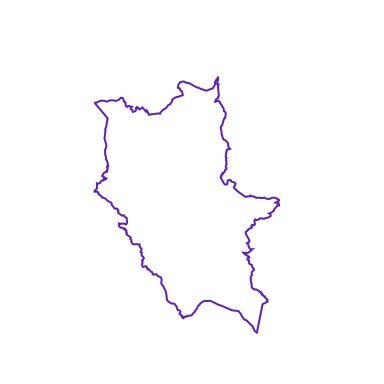 the district of Chiquilistlán, Jalisco, Mexico, rotated 302°
{"feature_id": "50627088B99358381769751", "entity_name": "Chiquilistlán", "entity_type": "district", "adm_level": 2, "iso_a3": "MEX", "parent_name": "Mexico", "parent_adm1": "Jalisco", "projection": "robinson", "projection_center": [-103.888, 20.08], "detail": "fine", "context": "isolated", "style": "outline", "palette": "violet", "viewbox_px": 384, "rotation_deg": 302, "n_neighbors": 0, "source": "geoboundaries", "source_scale": "gbopen_adm2", "svg_char_len": 6090}
<svg xmlns="http://www.w3.org/2000/svg" viewBox="0 0 384 384"><g transform="rotate(302 192 192)"><path d="M216.4,62.5L215.8,62.8L209.8,81.4L202.2,84.5L198.8,85.3L198.2,86.1L191.1,89.4L186.6,94.3L185.0,95.3L183.3,95.8L181.8,95.9L177.8,98.4L177.0,99.7L174.2,101.7L173.5,103.3L171.4,105.6L170.2,106.3L169.6,107.2L168.9,106.4L168.3,106.8L168.0,106.8L167.7,107.7L167.2,108.1L166.4,108.3L166.0,108.1L165.5,108.8L164.1,109.2L163.9,109.0L164.1,108.4L164.0,108.2L162.8,108.0L161.8,107.2L158.1,107.3L157.9,112.3L156.9,112.1L156.5,111.7L156.6,110.0L154.8,110.8L154.0,109.6L153.3,109.1L151.0,109.2L149.5,108.2L149.0,106.7L145.0,109.4L142.5,109.2L141.4,108.7L140.8,109.0L140.6,109.4L141.8,110.5L141.8,111.6L142.1,112.7L142.0,112.9L141.1,113.2L140.6,113.9L140.6,116.0L139.7,118.8L140.3,119.9L140.2,120.4L140.6,122.4L139.8,124.6L140.1,129.5L138.4,131.0L137.8,133.2L137.1,134.6L137.2,135.8L137.8,136.5L138.2,137.5L137.2,139.3L137.0,139.1L135.2,140.5L134.9,145.4L136.1,146.5L135.2,149.2L135.5,150.2L131.7,153.2L129.6,153.3L129.4,152.1L128.8,150.3L126.6,147.6L126.6,146.8L124.7,147.8L124.0,149.0L124.1,150.7L124.6,151.5L124.5,152.7L125.1,153.5L125.3,154.5L124.5,154.7L124.7,156.5L124.4,157.1L123.6,157.2L123.0,157.6L122.8,158.4L121.8,158.4L121.3,159.3L121.0,164.1L119.3,164.7L119.1,165.9L118.4,166.7L117.7,166.7L116.6,168.7L116.5,169.9L118.9,173.4L119.2,174.7L118.9,175.5L119.3,175.6L118.0,176.5L116.9,179.6L113.9,180.1L113.8,181.7L111.5,182.9L110.7,186.1L107.9,186.5L107.8,186.0L107.1,186.2L106.1,187.4L103.8,188.1L102.5,189.9L102.9,190.8L104.6,192.1L104.6,193.2L103.6,194.3L103.6,195.2L103.1,195.1L103.4,196.8L102.7,199.5L102.9,200.3L102.5,201.3L102.0,202.0L101.5,202.2L101.8,203.7L103.1,204.8L103.3,205.2L102.7,207.6L103.1,210.3L103.0,211.0L101.7,212.7L98.2,214.3L97.2,216.8L93.9,222.4L90.8,225.2L87.2,227.9L86.6,230.2L86.5,231.8L86.6,233.8L87.7,235.7L87.8,236.8L86.3,240.2L84.5,242.0L84.5,242.9L85.0,244.3L84.5,245.5L84.0,245.8L82.0,246.1L81.8,246.4L81.8,249.5L81.4,250.0L80.5,249.9L80.4,251.5L82.3,251.9L82.5,252.6L83.2,252.7L83.8,253.7L84.6,253.7L84.7,254.2L85.6,255.1L86.4,256.3L87.3,257.0L90.1,257.3L91.1,257.8L92.8,257.6L96.3,258.0L97.9,257.5L100.4,258.1L101.8,258.1L104.2,259.0L106.1,260.2L108.5,263.9L109.5,265.1L110.4,274.2L111.2,277.4L112.9,288.8L114.6,292.1L115.6,294.8L114.6,297.7L112.9,300.6L111.5,304.1L111.9,305.0L112.0,307.0L111.6,307.7L110.2,314.6L107.6,318.4L107.2,319.5L107.3,320.8L107.2,321.5L134.2,311.3L138.5,313.9L139.4,314.0L139.7,313.4L140.2,313.3L140.0,312.9L140.8,312.1L141.2,310.5L141.6,310.0L141.4,309.5L141.9,309.4L142.0,308.8L141.7,308.4L142.1,306.6L141.9,306.3L142.0,305.8L142.6,306.0L142.9,305.6L143.1,304.8L142.9,304.4L142.9,303.6L143.4,303.2L143.3,302.6L143.6,302.7L143.4,298.3L143.0,298.0L142.8,296.9L142.2,296.1L142.5,295.5L142.4,294.3L143.4,292.6L145.3,291.6L145.5,291.1L149.5,287.7L151.4,286.8L153.5,286.9L154.6,285.6L155.4,285.2L156.9,285.2L158.0,285.7L159.2,285.7L159.5,285.5L159.9,283.5L161.8,281.4L161.8,280.5L161.4,279.8L161.7,278.4L162.4,277.6L163.6,277.2L163.9,276.9L164.0,275.0L164.4,275.0L165.2,274.3L165.5,275.2L166.3,275.4L167.0,275.2L167.4,274.6L167.2,269.6L167.8,267.8L169.5,271.1L170.5,272.0L175.5,273.6L174.3,271.9L175.2,269.9L175.9,268.8L177.2,267.7L177.8,265.7L179.6,266.9L180.9,266.7L182.7,264.2L184.1,261.2L185.0,260.2L185.5,259.3L187.0,258.8L188.8,259.6L190.1,259.5L190.5,259.9L191.9,260.5L193.7,261.7L194.8,260.3L195.9,260.3L196.7,262.3L197.9,262.5L200.8,260.1L202.3,260.1L202.3,261.5L203.8,263.0L205.7,263.6L206.2,264.3L207.3,267.1L207.9,267.7L209.6,268.8L210.6,270.2L213.4,271.4L214.3,270.7L214.8,269.6L214.8,268.9L216.0,270.0L218.8,271.0L219.7,271.3L220.8,270.9L225.1,271.5L226.6,272.9L226.9,272.8L227.0,272.1L227.6,272.3L228.3,271.5L227.2,268.5L230.6,270.3L231.3,270.2L231.3,269.2L231.6,268.5L231.1,267.2L231.4,265.7L229.4,262.8L227.5,261.7L226.4,260.2L225.7,258.4L225.6,256.2L224.4,255.3L223.2,253.3L222.7,251.7L221.1,249.7L221.1,247.8L220.4,245.4L219.9,244.7L220.0,243.4L219.1,243.3L216.2,239.8L216.7,230.3L217.9,225.2L219.5,224.8L219.9,225.0L221.6,224.7L222.3,224.2L222.5,222.4L221.8,220.7L221.8,219.6L222.5,218.5L222.3,217.6L220.7,216.3L218.2,217.4L216.9,217.5L216.1,216.5L215.8,215.6L216.5,213.8L218.4,210.8L218.9,209.3L219.8,208.4L220.4,208.8L221.3,208.0L221.6,208.2L222.3,207.9L222.7,208.2L223.4,207.9L223.6,208.6L224.1,208.7L224.2,208.3L225.0,208.1L226.0,208.8L226.8,208.9L228.4,208.3L229.8,209.0L230.4,208.8L231.2,207.4L231.9,206.8L234.0,206.6L234.6,205.8L236.7,204.7L237.1,203.8L239.2,203.2L239.5,202.0L242.2,200.9L242.8,200.3L245.1,199.8L245.8,199.1L246.6,199.3L248.6,201.4L249.8,198.7L252.6,196.5L253.5,193.3L253.6,192.5L253.2,191.2L253.8,189.9L256.8,186.4L259.0,184.9L260.5,183.3L261.5,182.5L262.7,182.0L265.7,182.0L266.9,181.4L271.4,180.3L271.9,180.4L272.0,180.8L272.9,180.7L276.8,178.8L277.2,178.3L277.7,176.0L279.5,174.6L280.1,173.7L280.4,172.5L281.4,171.1L282.1,169.1L283.2,167.6L283.4,166.4L282.5,165.3L280.9,163.9L282.9,163.2L284.0,163.5L285.4,164.4L286.2,164.1L286.7,163.6L287.3,163.9L288.0,163.7L295.5,157.9L297.4,157.5L297.4,156.9L296.8,156.4L296.9,155.9L302.1,154.2L303.6,153.0L301.1,153.5L299.9,153.1L297.2,153.3L295.7,154.3L294.1,154.7L290.7,154.7L289.8,153.6L286.0,151.0L285.3,150.1L284.1,144.7L283.9,142.5L283.6,141.9L283.0,137.7L282.9,132.0L282.1,130.8L281.9,129.5L281.6,129.3L281.5,127.3L281.0,125.8L278.9,123.9L276.7,123.5L275.1,123.8L273.0,124.7L272.8,125.6L273.3,126.1L273.4,126.8L272.3,127.7L272.1,128.8L272.2,130.1L269.2,132.9L265.0,129.4L263.5,127.9L260.1,126.3L258.2,127.0L255.0,127.0L253.3,125.9L249.2,125.4L245.8,123.7L242.7,123.2L241.4,123.4L240.8,121.8L234.8,114.6L235.2,114.2L235.4,113.2L235.8,112.9L237.2,110.4L235.8,110.3L237.4,105.2L234.1,103.7L235.1,100.9L234.9,100.3L234.4,100.1L234.1,100.7L233.3,100.1L232.9,100.8L231.3,101.2L230.3,100.9L228.6,99.4L229.9,97.8L229.9,96.0L230.3,95.7L232.4,95.9L231.2,92.3L230.0,92.2L229.8,90.7L230.2,89.9L232.5,88.3L232.9,87.0L232.6,86.9L232.8,86.3L233.4,85.9L235.0,83.4L234.3,82.2L234.2,81.7L231.4,81.0L230.4,80.5L228.9,79.1L227.6,75.9L226.3,73.9L223.6,72.0L222.5,68.6L221.3,66.4L216.5,63.1L216.4,62.5Z" fill="none" stroke="#5b21b6" stroke-width="2"/></g></svg>